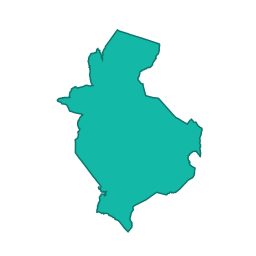 the district of Paracho, Michoacán, Mexico, rotated 48°
{"feature_id": "50627088B94256811005465", "entity_name": "Paracho", "entity_type": "district", "adm_level": 2, "iso_a3": "MEX", "parent_name": "Mexico", "parent_adm1": "Michoacán", "projection": "natural_earth1", "projection_center": [-102.089, 19.654], "detail": "fine", "context": "isolated", "style": "filled", "palette": "teal", "viewbox_px": 256, "rotation_deg": 48, "n_neighbors": 0, "source": "geoboundaries", "source_scale": "gbopen_adm2", "svg_char_len": 5748}
<svg xmlns="http://www.w3.org/2000/svg" viewBox="0 0 256 256"><g transform="rotate(48 128 128)"><path d="M205.2,197.4L205.2,197.0L205.0,196.8L204.6,193.4L204.2,191.4L203.2,190.6L203.0,190.0L202.2,189.9L201.8,189.3L201.6,189.4L201.2,188.7L200.9,188.5L199.9,188.3L199.8,188.2L199.6,188.3L198.2,188.1L197.1,187.6L196.1,186.4L193.6,182.8L192.9,181.4L192.4,178.8L191.8,178.3L191.3,178.3L190.8,178.0L190.3,177.5L190.0,176.7L190.0,175.5L190.2,174.1L190.6,172.9L193.4,162.6L194.9,149.7L195.7,149.3L203.5,144.1L203.5,143.2L203.2,142.4L203.3,142.0L204.0,141.3L204.1,140.8L203.9,140.0L204.0,139.4L204.4,138.9L205.2,138.9L205.4,138.4L205.8,138.3L206.4,137.9L206.6,137.5L206.7,136.8L207.0,136.4L207.5,136.1L207.7,135.8L208.0,130.4L207.6,125.7L207.4,123.9L207.3,120.7L207.1,120.1L206.9,118.4L207.0,117.7L207.4,116.9L207.3,115.9L207.5,115.1L208.0,114.5L208.0,113.0L207.8,111.9L207.0,109.9L206.5,109.3L204.6,107.5L204.1,107.0L203.2,105.5L202.6,105.1L202.3,105.0L200.7,105.8L199.3,106.2L198.4,106.2L198.2,106.4L196.4,106.6L196.2,106.4L195.6,106.4L195.6,105.8L195.4,105.5L194.7,105.5L194.7,104.9L194.0,104.5L192.7,104.7L190.8,103.8L189.6,102.5L189.1,102.2L189.0,101.9L189.2,100.7L189.0,100.4L188.9,100.2L188.9,99.9L188.6,99.9L188.9,96.0L189.2,94.9L189.9,94.2L190.2,93.6L190.6,93.4L190.8,92.9L191.0,92.8L191.5,93.0L196.1,93.2L196.8,93.3L197.2,93.5L197.5,93.4L196.4,92.0L195.9,91.7L195.5,91.1L192.8,89.2L190.6,87.9L190.7,86.8L190.3,86.7L189.2,85.5L188.8,85.3L187.4,85.1L186.3,83.5L185.9,83.1L184.8,82.2L183.5,81.6L182.1,78.7L181.4,77.7L180.5,76.7L179.2,74.6L178.6,73.8L178.2,73.7L177.8,73.8L177.4,73.4L177.1,73.4L176.3,73.7L175.6,74.3L174.7,74.1L173.4,74.5L171.1,74.1L169.3,73.6L168.0,75.1L163.9,75.0L163.9,77.0L164.4,79.9L164.9,81.3L159.4,83.2L155.6,84.1L152.2,85.5L146.4,85.6L126.3,85.5L121.6,89.5L115.8,93.2L107.2,88.8L105.2,87.4L104.2,88.4L103.7,88.3L103.4,88.6L102.2,88.4L99.0,88.3L98.1,87.6L97.3,86.8L97.4,86.4L96.6,84.4L95.9,83.6L95.4,82.8L94.4,81.9L94.2,80.7L94.7,79.9L94.7,78.7L94.9,77.9L95.4,77.1L95.7,75.2L96.2,74.7L96.0,74.0L96.4,73.1L96.7,72.1L96.9,71.9L97.2,71.9L97.8,70.7L97.5,67.6L96.6,66.7L96.4,66.3L95.7,63.9L95.7,63.0L95.2,62.1L95.2,61.3L94.9,61.0L95.0,60.4L94.3,60.4L93.7,59.5L93.4,58.8L93.0,57.4L93.2,57.0L93.1,55.9L92.4,54.5L91.6,53.6L91.3,52.9L90.8,52.4L89.6,51.6L88.8,50.5L88.0,49.5L87.2,48.8L86.6,48.5L73.8,55.7L61.7,62.9L59.1,64.4L57.5,65.2L51.7,68.7L50.3,69.5L48.0,70.3L50.6,82.1L52.3,90.1L52.5,90.6L53.2,91.1L53.4,91.8L53.5,93.3L54.0,94.2L54.9,96.3L56.7,97.4L56.9,98.2L57.8,99.3L58.5,100.0L59.6,100.6L60.2,101.3L58.2,100.7L57.5,100.3L55.8,98.9L54.9,98.6L54.0,98.1L53.8,98.1L53.4,98.7L53.0,98.7L51.5,97.1L50.6,97.7L48.8,97.3L48.8,98.7L50.1,100.3L50.6,100.7L50.6,100.9L50.6,101.2L49.8,102.2L49.6,103.0L49.6,103.6L48.3,105.1L48.1,105.4L48.2,106.6L48.5,107.0L48.8,107.5L49.0,108.9L49.4,109.8L50.2,110.9L51.1,111.2L51.1,111.8L51.3,112.4L51.7,112.9L53.4,113.7L55.4,115.0L55.9,115.0L56.3,114.7L56.6,114.7L56.7,115.1L56.7,116.2L58.3,116.3L58.9,117.2L59.6,117.3L60.2,117.9L61.4,119.0L62.2,120.4L63.8,121.7L64.7,121.9L65.0,122.2L66.5,123.2L66.7,123.5L67.5,123.6L67.7,123.9L68.7,124.6L69.6,125.0L71.1,125.5L72.9,125.6L71.3,128.3L70.5,128.9L69.4,129.4L68.0,130.9L67.4,133.1L66.9,134.5L66.3,135.3L64.4,139.0L64.2,139.1L63.0,139.0L62.4,139.4L61.8,140.2L61.7,141.6L61.4,142.3L61.3,143.5L61.2,143.9L61.2,144.1L61.9,144.3L62.1,144.5L62.4,145.1L62.4,145.8L62.5,146.1L62.4,146.6L62.9,147.3L63.2,148.2L65.0,150.0L65.2,150.4L66.3,150.6L66.3,151.1L66.0,151.4L65.6,151.3L65.5,151.8L65.2,152.3L64.3,153.1L63.7,153.9L63.7,154.2L62.9,154.6L62.5,155.8L62.1,156.0L62.0,156.5L61.7,156.4L61.5,156.9L61.5,157.5L60.4,158.6L60.3,159.1L59.9,159.7L59.9,159.9L60.0,160.2L59.9,160.7L60.0,161.9L61.3,162.2L63.9,160.7L65.3,160.8L65.7,161.0L68.5,158.6L70.0,158.1L73.6,159.0L75.9,159.9L76.3,160.0L76.8,159.8L77.7,159.0L78.4,158.8L81.3,157.1L85.0,154.4L85.9,153.4L86.5,153.3L86.9,153.6L87.8,152.6L88.0,153.0L88.1,153.6L87.9,155.4L88.1,156.5L88.2,156.9L88.9,158.3L88.9,158.6L89.2,158.9L89.2,159.7L89.6,159.7L89.8,160.9L90.3,161.7L91.3,162.6L92.3,163.6L93.8,164.0L94.9,164.7L95.2,164.6L95.8,164.3L95.9,164.1L96.8,164.6L96.7,165.0L97.2,165.8L97.3,166.4L97.7,167.3L97.4,167.7L98.1,168.4L99.0,168.8L100.3,169.8L101.2,171.1L101.5,171.8L101.7,172.5L101.6,174.0L101.4,175.1L104.4,177.4L111.1,183.6L117.7,184.4L119.3,184.4L130.2,185.3L141.8,186.4L143.2,186.3L145.9,186.6L151.0,186.9L153.4,187.2L153.8,187.5L154.1,188.4L154.2,188.8L153.9,189.4L153.5,189.7L152.5,189.5L152.3,189.1L152.2,189.2L152.5,189.8L153.9,190.4L156.2,189.7L156.3,189.7L156.6,190.3L156.8,190.2L158.1,190.3L158.5,190.0L158.6,189.5L158.7,189.3L158.9,189.3L159.2,189.1L159.1,188.5L159.3,188.5L159.8,188.5L160.0,188.4L159.9,188.1L160.2,187.7L160.3,187.8L160.4,187.3L160.6,187.0L160.7,187.6L161.5,187.8L161.4,188.2L161.5,188.5L161.3,188.8L161.3,189.0L161.4,189.3L161.8,189.5L161.6,189.8L162.2,189.6L162.1,189.1L162.7,189.2L162.9,189.4L162.9,189.6L162.6,189.8L162.5,190.0L162.9,190.2L162.9,190.5L162.6,190.8L162.4,190.8L161.4,190.1L160.9,190.2L159.3,192.1L159.8,192.9L159.8,193.4L160.3,195.3L160.6,195.8L163.2,197.5L163.5,197.9L163.5,198.4L163.6,199.0L163.9,199.5L164.2,200.5L164.5,200.9L165.3,201.3L165.3,202.6L166.6,203.5L166.8,204.0L168.0,205.3L168.1,206.0L169.0,206.4L169.6,207.5L170.0,207.2L170.3,206.1L172.7,204.8L173.4,204.9L173.8,204.8L174.0,204.6L174.0,204.3L174.3,203.8L174.9,203.2L175.3,203.1L175.6,203.3L175.6,203.0L176.9,201.1L178.7,200.1L180.0,200.3L180.2,200.5L180.5,200.0L181.0,199.8L181.6,200.0L182.0,199.5L182.9,199.0L183.3,199.2L183.8,198.9L184.2,198.8L184.5,199.0L184.7,198.7L185.0,198.4L186.1,198.1L186.5,198.3L186.7,198.6L187.3,198.7L187.6,198.6L188.7,197.8L190.1,197.3L191.5,197.0L197.8,197.4L200.1,197.7L201.2,197.5L201.8,197.6L205.2,197.4Z" fill="#14b8a6" stroke="#0f766e" stroke-width="1.5"/></g></svg>